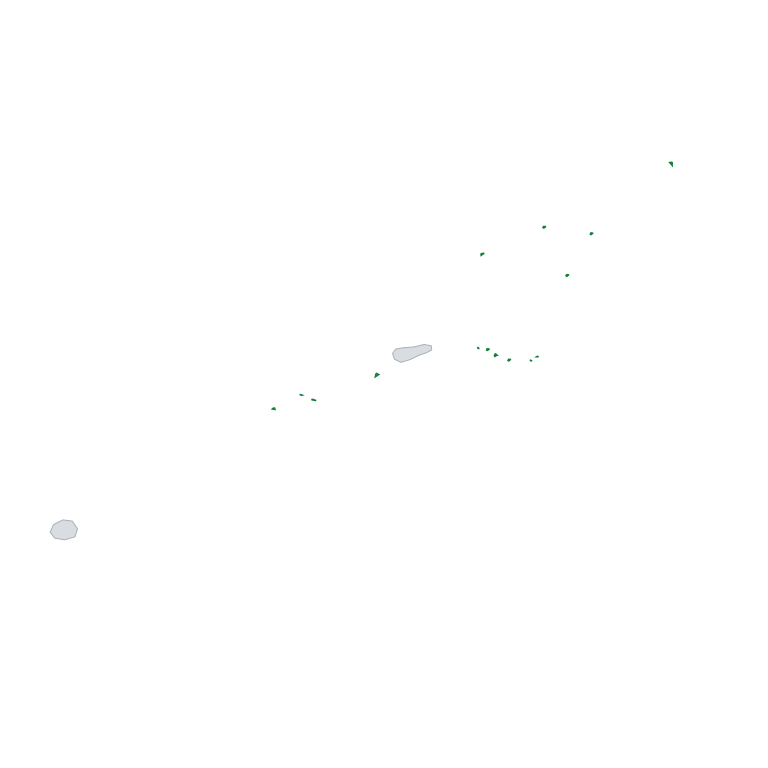 location of Kaafu within Maldives, rotated 58°
{"feature_id": "MDV-5230", "entity_name": "Kaafu", "entity_type": "Atoll", "adm_level": 1, "iso_a3": "MDV", "parent_name": "Maldives", "parent_adm1": "", "projection": "natural_earth1", "projection_center": [73.522, 4.408], "detail": "fine", "context": "in_parent", "style": "filled", "palette": "green", "viewbox_px": 768, "rotation_deg": 58, "n_neighbors": 0, "source": "natural_earth", "source_scale": "10m", "svg_char_len": 1849}
<svg xmlns="http://www.w3.org/2000/svg" viewBox="0 0 768 768"><g transform="rotate(58 384 384)"><path d="M374.6,358.2L368.4,362.0L362.6,360.5L360.6,355.6L363.5,348.4L368.4,339.1L371.7,329.1L376.6,323.7L380.4,325.5L380.0,331.2L378.2,338.9L377.1,348.9L374.6,358.2ZM340.4,744.9L332.8,745.7L328.0,738.6L329.1,728.3L335.0,721.1L344.4,720.6L349.8,727.1L347.0,737.1L340.4,744.9Z" fill="#d9dde1" stroke="#a8b0b8" stroke-width="1"/><path d="M373.2,383.4L373.3,387.6L371.9,386.3L371.2,385.5L371.1,384.6L372.1,384.1L373.2,383.4ZM351.4,23.8L347.6,24.4L348.4,22.5L349.2,22.3L350.2,23.1L351.4,23.8ZM419.6,272.8L419.3,273.8L419.5,274.8L419.3,275.5L418.9,275.4L418.2,275.2L417.4,273.6L417.9,273.2L418.7,273.2L419.6,272.8ZM326.2,229.7L326.4,233.5L325.1,232.8L325.1,232.1L325.6,231.1L326.2,229.7ZM336.3,163.2L336.3,163.3L336.3,164.3L336.5,165.3L336.4,165.9L335.6,166.3L334.9,165.3L335.2,164.7L335.8,164.1L336.3,163.2ZM410.2,275.9L410.1,277.0L410.4,277.9L410.3,278.6L409.5,279.0L408.8,278.0L409.0,277.4L409.6,276.8L410.2,275.9ZM366.9,126.6L366.8,127.7L367.1,128.7L367.0,129.3L366.2,129.6L366.0,129.4L365.5,128.7L365.7,128.0L366.4,127.5L366.9,126.6ZM389.4,169.2L389.4,169.3L389.4,170.4L389.6,171.3L389.6,171.9L388.7,172.3L388.5,172.0L388.1,171.3L388.3,170.7L388.9,170.1L389.4,169.2ZM430.4,263.3L430.3,264.4L430.6,265.4L430.5,266.0L429.7,266.4L429.1,265.4L429.3,264.8L429.9,264.2L430.4,263.3ZM347.8,489.9L347.1,490.6L346.5,491.5L346.0,492.0L345.8,491.1L346.1,489.8L346.6,489.6L347.3,489.8L347.8,489.9ZM362.2,450.3L359.5,453.2L358.7,453.8L359.3,452.5L360.1,451.8L362.2,450.3ZM404.6,284.5L403.4,285.4L402.3,285.2L402.2,285.2L404.6,284.5ZM350.1,459.3L349.9,460.0L348.3,460.9L348.1,461.0L350.1,459.3ZM442.9,238.6L441.8,240.2L441.8,239.2L442.9,238.6ZM442.9,246.2L442.2,247.2L441.0,247.5L440.9,247.6L442.9,246.2Z" fill="#22c55e" stroke="#15803d" stroke-width="1.5"/></g></svg>